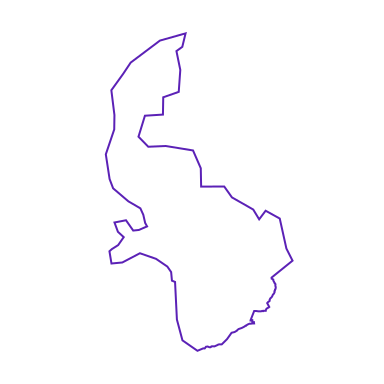 the district of Kara-Suu, Osh, Kyrgyzstan, rotated 172°
{"feature_id": "92254566B53802085045884", "entity_name": "Kara-Suu", "entity_type": "district", "adm_level": 2, "iso_a3": "KGZ", "parent_name": "Kyrgyzstan", "parent_adm1": "Osh", "projection": "robinson", "projection_center": [72.946, 40.266], "detail": "fine", "context": "isolated", "style": "outline", "palette": "violet", "viewbox_px": 384, "rotation_deg": 172, "n_neighbors": 0, "source": "geoboundaries", "source_scale": "gbopen_adm2", "svg_char_len": 2179}
<svg xmlns="http://www.w3.org/2000/svg" viewBox="0 0 384 384"><g transform="rotate(172 192 192)"><path d="M234.7,328.7L243.8,318.5L257.7,304.0L258.1,279.0L260.3,264.8L272.1,241.3L271.8,216.3L269.6,206.6L256.3,191.6L245.4,183.0L243.4,176.2L242.7,167.9L241.3,164.2L249.9,161.8L255.6,162.0L261.3,173.2L273.0,172.6L270.9,162.9L265.9,156.8L272.5,149.7L279.3,146.6L282.0,144.8L281.7,132.4L270.8,131.9L252.1,138.6L236.9,130.8L226.8,121.6L223.8,115.6L224.2,107.0L221.3,105.3L224.7,67.8L222.1,46.4L208.7,34.0L202.6,35.6L201.4,35.3L201.0,35.4L200.6,35.9L200.3,36.2L199.7,36.8L198.0,36.8L197.9,36.7L197.1,36.3L196.5,35.9L195.7,35.7L195.2,35.7L194.9,35.8L194.6,36.2L194.3,36.4L193.9,36.4L193.5,36.4L192.3,36.2L191.2,36.0L189.1,36.6L187.8,37.0L187.2,37.3L186.0,37.3L184.0,37.0L183.9,37.0L183.7,37.0L177.8,41.4L172.4,47.1L169.3,47.4L167.2,48.3L166.7,48.5L166.3,49.0L164.9,49.8L161.8,50.4L159.7,51.1L159.0,51.4L158.6,51.5L157.9,52.0L157.6,52.1L157.2,52.0L156.9,52.4L156.2,52.6L155.5,53.0L153.7,53.5L153.2,53.6L152.4,53.4L152.1,53.4L151.0,53.4L150.4,53.4L148.8,53.2L148.8,54.5L149.2,54.5L150.1,54.5L150.4,54.7L150.4,55.9L150.1,55.9L150.1,56.7L151.9,56.6L151.9,56.8L147.0,65.5L144.9,65.2L142.9,64.6L140.3,64.2L139.0,64.5L138.4,64.1L137.9,64.1L137.6,64.4L135.5,64.1L135.3,64.8L134.7,65.8L133.8,66.4L132.1,67.0L131.5,67.4L133.0,71.5L132.6,71.8L132.2,72.3L130.4,73.2L130.2,73.5L130.2,74.2L130.0,74.7L129.8,74.9L129.6,75.3L129.4,75.5L129.1,75.9L128.8,76.1L128.5,76.2L128.0,76.6L127.2,77.4L126.3,78.9L126.0,79.3L125.7,79.4L125.0,80.0L124.5,80.8L124.2,81.2L124.2,82.0L124.2,82.3L123.7,82.6L123.4,83.7L123.2,83.7L123.0,84.0L122.6,84.9L122.4,85.6L122.3,86.4L122.5,87.2L122.5,87.6L122.2,88.9L122.2,89.2L122.3,89.4L122.6,89.7L122.6,90.1L122.8,90.4L123.0,90.5L123.1,90.9L123.2,91.5L123.8,92.9L123.7,94.0L124.3,94.5L125.2,95.1L125.1,95.8L125.1,96.2L102.0,110.0L106.4,122.9L108.8,153.5L121.7,163.2L129.3,155.6L129.9,157.0L133.8,166.1L153.2,181.1L159.3,192.9L182.2,196.1L180.0,214.3L185.2,233.0L211.6,241.2L229.0,242.9L237.3,254.2L228.0,274.1L210.0,272.7L207.3,289.8L191.2,293.0L186.6,314.5L187.8,333.7L181.4,337.1L176.3,350.0L202.7,346.4L234.7,328.7Z" fill="none" stroke="#5b21b6" stroke-width="2"/></g></svg>